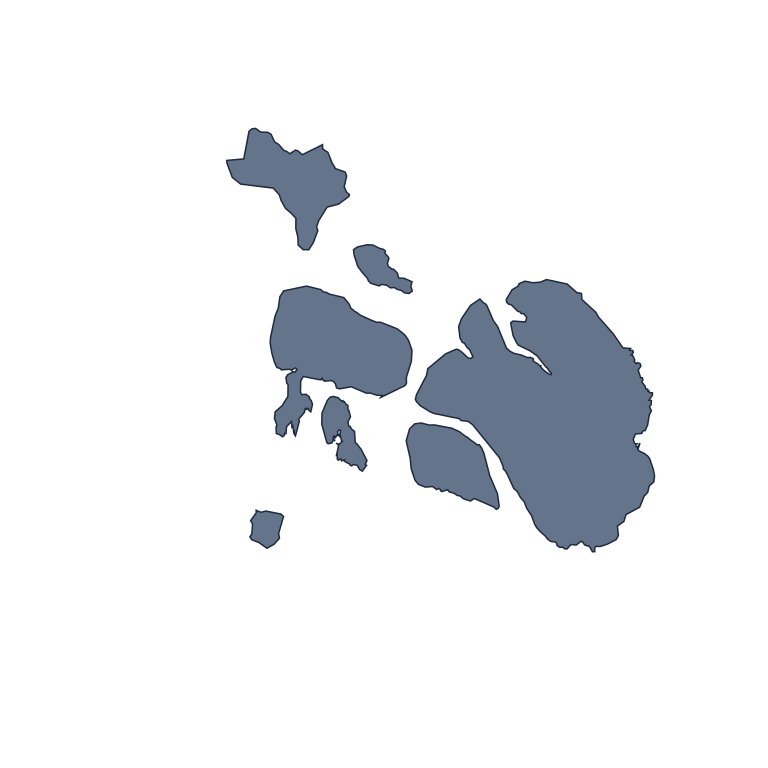 the district of Skjervøy nor, Troms, Norway, rotated 135°
{"feature_id": "86288312B92584171254866", "entity_name": "Skjervøy nor", "entity_type": "district", "adm_level": 2, "iso_a3": "NOR", "parent_name": "Norway", "parent_adm1": "Troms", "projection": "albers", "projection_center": [20.765, 70.027], "detail": "fine", "context": "isolated", "style": "filled", "palette": "slate", "viewbox_px": 768, "rotation_deg": 135, "n_neighbors": 0, "source": "geoboundaries", "source_scale": "gbopen_adm2", "svg_char_len": 6177}
<svg xmlns="http://www.w3.org/2000/svg" viewBox="0 0 768 768"><g transform="rotate(135 384 384)"><path d="M329.9,109.8L325.4,111.1L319.4,118.5L311.6,117.2L305.2,120.5L290.3,116.1L279.5,120.7L274.2,120.9L268.4,124.4L262.4,124.0L257.9,127.5L254.0,133.1L248.9,143.5L248.5,146.7L249.1,151.0L250.8,155.6L251.0,158.0L244.7,161.3L249.9,159.7L249.5,161.1L249.9,161.3L248.5,163.6L246.4,162.2L248.5,163.8L248.6,165.5L246.8,168.7L241.5,170.8L236.9,166.9L233.5,167.6L232.2,166.4L226.6,168.6L218.2,174.6L213.8,176.0L212.3,180.4L209.9,180.4L206.6,183.2L208.1,185.2L202.2,186.2L200.4,188.0L202.0,189.7L202.3,190.8L201.5,191.8L202.4,192.5L201.2,193.9L202.4,195.5L200.9,197.7L200.2,203.4L198.0,203.8L196.9,205.7L198.1,206.9L194.4,214.1L189.7,215.0L188.5,217.3L189.6,219.9L191.4,220.1L191.1,223.2L189.7,223.6L187.7,228.9L188.8,229.9L185.4,230.0L184.4,231.8L186.6,234.1L184.5,234.7L189.5,240.6L186.4,257.4L185.0,279.9L183.5,285.0L184.3,303.9L180.3,308.4L183.0,312.3L183.8,325.2L195.2,342.9L201.3,345.4L207.2,350.4L211.6,357.0L217.4,359.4L220.3,358.4L226.9,360.1L237.8,357.3L239.5,355.1L239.4,352.2L238.0,350.2L238.0,340.7L236.8,338.7L237.2,336.9L235.5,334.7L236.0,330.1L240.1,327.9L248.3,337.3L251.3,337.6L258.4,327.1L260.9,320.2L261.6,316.5L257.3,304.4L255.8,295.4L257.5,282.1L257.3,279.7L258.1,276.0L257.9,273.3L259.2,272.5L260.4,274.7L261.3,280.2L261.1,285.5L260.1,286.0L261.1,287.0L260.9,288.9L262.4,294.7L260.5,296.2L261.6,299.2L263.9,301.3L266.6,307.7L270.3,313.5L271.7,317.6L272.0,322.8L263.1,344.1L261.9,351.3L255.7,367.1L255.6,368.9L256.3,371.5L256.1,376.3L267.2,378.4L283.0,375.4L290.7,371.8L297.7,362.8L299.2,358.0L298.3,356.1L299.5,350.5L299.1,348.1L301.9,340.3L304.6,340.7L306.1,343.0L306.4,351.1L307.0,355.4L308.1,357.4L318.9,361.7L342.2,363.9L347.9,360.0L368.6,353.5L372.7,350.9L373.5,348.6L373.7,342.9L371.2,332.2L369.6,328.0L355.3,306.3L355.3,303.6L351.0,298.2L350.1,292.7L354.5,250.2L358.0,241.6L359.7,239.5L359.7,237.0L360.5,233.6L366.1,218.4L365.8,213.7L367.8,207.1L368.1,201.8L371.0,195.1L372.7,186.8L376.6,178.3L377.6,174.4L377.9,169.7L377.5,162.6L378.0,158.7L377.4,154.7L374.5,151.1L374.6,149.3L375.9,147.2L375.2,144.2L372.8,142.0L372.9,139.8L371.1,137.9L365.3,138.3L361.9,134.2L355.7,133.4L355.3,131.1L356.0,128.5L353.6,123.8L355.2,118.0L353.5,116.4L350.9,119.2L349.0,119.4L346.0,116.2L339.5,112.9L329.9,109.8ZM395.8,376.8L370.5,368.1L367.9,368.4L363.4,372.9L348.6,380.7L340.4,388.0L335.9,397.3L334.8,402.1L334.7,405.4L335.5,413.0L336.2,415.0L342.8,430.2L345.5,432.8L347.5,437.1L352.1,449.4L352.8,454.6L353.6,456.3L353.3,457.8L353.9,460.8L352.1,465.3L351.3,473.5L359.0,486.1L359.9,489.3L361.8,492.2L362.0,495.5L369.5,508.0L389.1,520.8L395.8,519.4L405.1,512.4L412.9,509.1L431.1,497.3L435.5,493.5L441.6,484.9L446.1,476.9L448.0,471.5L446.4,468.0L446.6,466.6L440.8,461.6L439.6,459.5L439.8,458.1L439.3,459.4L435.2,457.9L435.4,455.7L439.0,455.3L439.8,457.9L439.9,456.8L445.5,458.7L448.8,457.9L452.3,453.1L452.1,451.6L460.7,443.2L471.4,440.7L480.6,441.3L485.9,437.0L488.8,430.5L490.7,430.0L495.2,425.1L493.8,422.6L493.0,418.4L491.0,418.1L489.1,419.4L488.4,418.2L483.1,422.7L476.0,422.9L479.6,418.6L478.1,418.8L481.5,414.4L479.8,415.0L482.9,412.0L483.3,409.9L470.1,417.6L469.5,419.4L460.4,420.2L457.0,422.4L456.1,421.6L456.6,420.9L454.9,420.4L455.7,418.7L455.5,416.1L448.9,420.2L447.2,423.6L446.8,426.8L445.9,427.5L446.4,431.9L449.6,434.5L449.0,437.1L440.8,445.0L435.8,446.4L425.9,431.7L423.7,431.8L424.5,430.5L424.0,429.7L424.2,428.2L419.0,423.8L417.9,421.5L418.2,418.6L420.3,414.8L419.0,412.1L409.1,405.2L403.0,390.1L400.0,387.1L397.2,381.5L393.5,377.3L395.8,376.8ZM337.1,653.3L338.8,651.3L345.2,637.3L344.0,626.7L323.8,600.8L324.2,592.0L327.1,586.2L329.5,577.7L328.9,570.9L329.1,563.5L336.5,556.2L341.3,548.4L346.4,543.0L346.2,536.2L342.2,532.1L333.8,534.0L322.3,539.3L320.6,542.8L314.5,545.7L299.2,549.3L288.8,543.3L276.2,541.4L274.5,542.4L274.9,545.8L272.7,551.6L263.3,557.5L261.6,561.3L266.0,570.6L264.3,577.2L259.9,587.4L261.1,593.7L258.2,596.7L279.6,603.9L280.1,609.9L281.2,612.0L287.8,613.4L288.4,617.4L289.6,619.9L289.1,627.9L290.1,632.6L287.3,640.4L288.1,644.0L293.1,649.4L294.0,655.5L297.0,657.8L300.7,658.2L324.0,642.3L337.1,653.3ZM419.1,267.0L413.8,264.2L414.2,261.6L411.8,257.4L410.9,253.1L409.4,251.2L409.1,247.0L405.6,240.1L401.1,239.1L393.2,219.0L393.3,216.0L391.1,215.3L388.9,216.2L381.4,226.1L374.0,244.5L362.3,264.4L360.4,269.1L359.5,273.7L360.9,274.6L362.6,284.8L362.5,287.2L363.0,287.5L364.5,297.2L367.3,304.8L377.4,319.6L381.0,322.9L385.3,330.2L390.5,334.1L397.6,334.2L408.5,328.1L418.2,312.7L424.6,305.0L430.1,294.1L430.6,288.7L427.7,281.9L422.1,277.1L421.4,272.1L419.0,271.3L418.7,269.4L419.5,268.6L419.1,267.0ZM462.5,348.6L460.4,345.3L461.7,341.0L461.0,337.7L453.8,338.8L454.2,340.4L450.2,341.9L446.4,353.8L445.4,361.0L445.8,362.8L438.3,371.4L438.8,374.4L438.0,378.3L438.8,379.1L436.3,382.7L430.9,384.5L427.5,390.2L427.7,391.3L424.6,394.5L425.2,396.4L424.5,399.4L425.5,400.4L424.8,401.3L426.1,402.2L426.1,406.8L428.7,411.1L431.5,412.8L435.9,412.4L448.4,407.3L456.4,399.6L465.8,383.1L465.8,381.3L462.6,379.2L459.3,380.4L459.1,378.3L458.7,379.4L459.1,381.0L456.6,382.6L455.8,382.1L456.8,380.4L453.2,381.0L452.5,379.4L451.5,380.2L452.2,381.0L450.5,383.1L448.5,383.4L447.5,382.0L452.3,378.1L451.8,377.9L454.2,373.7L453.9,373.0L459.4,373.0L458.8,374.2L459.8,375.9L459.2,374.0L460.0,372.4L468.0,367.2L467.3,366.9L470.3,363.7L470.2,362.6L467.5,361.6L468.4,359.7L465.7,358.3L466.5,358.0L466.2,355.3L464.9,352.4L465.3,351.0L464.8,349.0L462.5,348.6ZM310.5,500.6L313.9,496.4L319.3,485.9L320.5,478.3L321.0,470.3L322.1,468.0L322.2,464.7L318.1,456.8L315.2,456.1L312.3,452.0L311.4,447.3L308.5,445.0L307.7,441.5L305.7,438.0L304.9,433.7L302.3,430.3L298.3,429.7L296.0,434.0L291.9,436.5L295.1,444.7L298.4,448.1L298.2,449.7L296.1,452.8L296.1,458.6L297.1,459.4L297.8,464.1L296.3,466.9L291.8,469.3L291.1,471.0L290.9,475.9L289.1,476.9L289.1,479.5L291.1,482.7L293.5,490.0L297.6,494.5L305.9,499.7L310.5,500.6ZM565.3,383.3L574.9,381.7L576.0,377.9L583.4,371.5L586.8,370.8L587.7,367.5L584.5,360.1L582.9,350.6L575.0,348.4L567.0,348.8L564.1,352.9L548.7,361.4L548.8,364.9L557.4,377.7L561.7,380.3L563.7,385.1L565.3,383.3Z" fill="#64748b" stroke="#1e293b" stroke-width="1.5"/></g></svg>